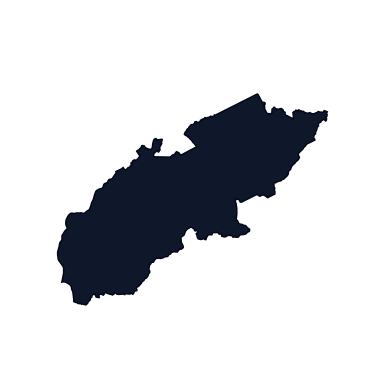 the district of Carlos Julio Arosemena Tola, Napo, Ecuador, rotated 333°
{"feature_id": "8360857B58627909026885", "entity_name": "Carlos Julio Arosemena Tola", "entity_type": "district", "adm_level": 2, "iso_a3": "ECU", "parent_name": "Ecuador", "parent_adm1": "Napo", "projection": "mercator", "projection_center": [-77.909, -1.166], "detail": "fine", "context": "isolated", "style": "filled", "palette": "ink", "viewbox_px": 384, "rotation_deg": 333, "n_neighbors": 0, "source": "geoboundaries", "source_scale": "gbopen_adm2", "svg_char_len": 6070}
<svg xmlns="http://www.w3.org/2000/svg" viewBox="0 0 384 384"><g transform="rotate(333 192 192)"><path d="M36.9,235.9L38.1,237.5L39.1,238.1L39.8,239.5L41.3,240.6L42.4,240.4L42.5,241.8L43.8,242.1L44.2,242.9L44.7,243.0L45.5,243.8L45.9,243.8L46.2,244.4L48.5,243.8L49.3,242.9L51.8,242.2L53.9,240.1L54.4,239.9L55.0,240.1L55.7,239.1L56.9,238.4L58.5,238.6L59.0,239.2L58.9,240.7L59.1,241.5L58.9,242.1L61.2,243.9L61.4,243.9L62.5,241.3L64.3,241.4L64.5,241.8L65.4,242.5L66.0,243.6L67.2,243.3L68.4,241.6L72.4,245.8L73.8,246.8L74.2,247.6L76.3,247.5L77.0,246.4L77.5,246.2L78.7,248.9L79.9,249.8L84.8,251.9L85.5,252.9L86.7,252.5L87.4,252.6L87.9,253.3L90.5,254.8L91.7,254.2L92.0,254.3L92.5,256.0L92.8,256.2L93.9,255.9L94.4,255.2L96.1,254.3L98.1,254.8L98.6,254.1L98.6,252.2L99.0,251.6L100.5,251.9L101.8,251.7L105.5,250.3L106.2,249.5L109.1,248.9L110.4,247.9L112.3,247.9L113.7,247.3L115.0,246.5L116.0,245.3L117.8,244.5L118.6,242.6L118.3,241.3L121.3,237.6L122.4,237.4L123.7,236.5L124.5,236.5L125.6,237.0L126.3,236.7L127.3,235.8L129.9,234.9L132.5,235.9L133.7,236.9L136.1,237.5L138.5,237.4L140.5,238.3L142.0,238.1L142.6,237.4L143.1,237.2L144.7,237.5L146.3,236.6L148.6,236.9L151.6,238.8L154.1,237.7L154.5,237.3L155.0,237.3L156.4,238.1L158.6,237.7L159.2,237.3L159.6,235.6L159.6,232.0L161.5,227.4L165.3,226.8L168.5,223.9L170.9,222.9L174.9,222.8L175.7,223.2L176.8,225.5L177.1,226.3L176.9,227.6L177.1,228.1L178.8,228.6L179.2,229.5L179.2,230.0L178.4,230.6L176.8,231.1L176.8,232.5L176.2,234.5L176.2,236.4L177.8,238.0L179.4,238.7L181.0,238.8L181.5,239.0L182.0,240.3L182.6,240.7L183.2,240.4L183.9,239.4L186.8,237.7L188.3,238.0L190.1,239.1L190.9,238.7L191.7,237.9L193.0,238.0L194.9,239.1L196.5,239.4L197.0,241.8L199.1,243.0L199.2,243.4L198.4,244.8L198.5,245.1L200.5,246.7L201.5,247.1L203.0,247.1L204.3,246.8L207.8,249.1L207.9,250.6L208.1,250.9L209.3,251.3L211.4,252.7L213.0,253.2L215.0,252.0L220.0,253.7L221.6,253.6L223.1,253.0L224.9,253.1L225.5,252.9L226.4,251.3L225.3,249.5L224.5,246.3L222.7,244.9L221.9,243.6L220.0,242.2L219.6,241.6L219.4,241.0L219.5,238.2L219.0,236.6L219.3,235.8L220.1,234.8L222.3,231.3L224.5,226.8L225.9,222.6L226.4,220.0L227.2,219.0L227.6,217.7L230.1,219.9L230.5,220.9L230.4,222.6L231.2,223.5L248.4,223.6L249.8,225.1L250.1,226.1L250.5,226.6L253.4,226.6L254.1,227.0L255.3,228.3L256.8,231.4L264.9,231.4L266.0,229.5L266.2,227.9L265.9,227.3L266.9,227.0L267.5,226.1L267.5,224.3L269.2,221.0L270.8,221.8L272.8,221.4L273.3,221.8L274.2,221.7L276.3,222.4L277.7,221.8L279.1,222.2L284.0,220.8L285.0,220.3L286.3,219.3L286.7,218.1L287.1,217.5L290.1,216.6L291.2,215.4L292.7,214.3L294.9,213.4L296.5,213.2L297.4,212.5L301.3,211.5L302.5,210.7L303.6,209.7L303.3,208.4L304.1,206.0L310.2,204.1L312.0,203.0L314.2,202.4L315.7,201.4L325.0,201.5L325.3,200.8L324.9,199.3L326.0,197.3L327.1,196.5L328.5,196.3L328.8,195.3L331.7,192.8L333.0,191.1L334.6,190.7L335.6,188.5L336.0,188.2L338.5,188.2L339.5,187.4L341.9,187.0L342.6,187.6L343.3,189.4L344.2,189.2L345.1,188.0L344.9,186.3L346.1,186.2L347.6,184.4L347.2,183.2L348.9,182.0L347.0,179.7L346.7,179.5L345.5,180.3L344.6,180.4L343.3,179.3L342.3,179.1L341.3,177.7L340.3,177.7L338.8,178.1L338.2,177.7L336.3,177.8L335.1,177.0L334.4,177.0L333.3,175.0L330.3,174.1L329.0,172.7L328.5,173.0L328.0,170.8L327.1,170.5L326.6,169.7L325.8,169.1L325.1,169.3L325.0,167.9L324.4,167.7L324.1,167.2L323.3,167.5L322.1,166.7L321.5,167.4L321.3,166.5L320.7,167.0L319.5,166.6L318.0,167.0L316.7,170.5L315.4,172.8L310.7,166.3L310.0,165.0L311.0,163.7L311.1,163.2L310.1,161.7L310.4,160.1L309.6,158.3L308.4,157.7L306.9,157.6L305.8,156.9L305.3,156.9L304.3,155.3L303.9,154.0L303.5,153.6L301.4,154.7L300.8,154.6L300.6,155.4L299.8,156.2L299.8,157.4L299.6,157.7L298.9,157.6L298.4,157.9L297.2,157.8L294.7,156.2L294.5,155.9L294.5,150.6L295.1,149.7L294.7,148.7L295.7,148.4L295.5,147.1L296.7,147.2L297.5,146.0L297.1,145.0L295.8,144.3L295.3,143.5L295.1,135.2L294.8,134.5L294.3,134.3L246.9,134.1L247.1,133.8L246.9,133.5L246.1,134.4L245.2,134.5L244.2,133.7L243.4,133.8L242.9,132.9L241.9,133.2L240.4,133.0L239.9,132.7L238.2,133.0L237.7,133.4L237.5,132.9L238.0,132.1L237.2,131.6L236.6,132.2L234.1,131.8L233.3,132.4L232.9,131.9L232.1,131.9L231.4,132.6L230.4,133.1L229.3,132.8L228.1,132.1L227.8,131.8L227.9,131.3L226.8,130.9L226.1,131.1L225.9,132.0L225.0,131.9L223.8,132.6L221.9,131.6L218.7,132.8L217.9,133.6L216.9,133.7L215.6,134.2L214.9,134.7L214.6,135.2L212.9,135.7L211.4,137.1L212.0,138.7L213.2,140.1L213.5,141.5L214.1,142.4L214.3,143.6L215.0,145.3L215.4,148.6L216.0,149.6L216.1,151.1L216.6,152.6L216.6,153.8L199.2,154.1L198.1,152.4L198.2,151.2L196.6,149.1L195.7,149.3L193.6,150.5L190.9,150.2L189.9,150.7L188.2,150.9L173.9,143.3L174.8,141.2L175.7,140.4L179.2,139.4L179.9,139.5L180.0,140.9L180.4,141.2L182.6,140.0L183.4,137.6L186.9,135.2L187.5,133.8L189.3,131.6L189.1,131.3L185.9,130.3L184.5,129.2L184.1,128.0L182.4,127.8L181.1,128.7L179.8,130.1L176.5,134.7L175.6,135.2L174.6,135.3L172.9,134.2L171.2,132.2L170.4,130.8L170.5,129.4L170.1,128.9L168.8,128.1L168.3,128.0L166.9,129.1L165.5,129.7L164.8,129.8L164.3,130.2L163.1,130.2L162.4,130.5L161.8,130.3L161.2,130.6L161.6,132.9L161.4,133.6L162.0,135.2L161.1,136.9L157.4,138.2L156.2,138.1L155.3,137.2L154.9,137.2L154.4,137.8L153.7,137.2L152.4,138.0L152.0,139.3L151.6,139.3L151.0,138.5L150.7,138.5L150.0,141.3L148.9,140.7L148.7,141.2L147.8,141.7L146.2,141.2L144.2,142.0L142.6,142.0L142.2,141.8L141.7,138.9L139.9,139.4L133.7,139.2L133.4,139.3L133.0,140.9L131.6,141.3L127.1,143.8L125.7,143.8L123.8,143.2L122.5,143.8L121.3,144.9L120.1,145.1L117.6,144.9L116.6,145.5L115.0,147.2L113.7,147.9L110.1,147.2L107.6,147.4L106.6,147.8L103.9,150.3L100.6,153.9L97.6,156.1L95.4,158.6L92.5,161.1L89.1,161.4L86.2,162.2L83.3,160.0L81.2,159.3L80.3,158.5L77.4,157.7L74.7,156.0L72.9,156.2L71.5,156.7L70.2,157.4L67.3,159.6L65.8,161.7L64.8,163.9L64.6,167.4L64.0,168.0L60.9,169.1L56.2,172.0L54.7,175.2L53.3,176.2L51.7,176.9L50.8,177.7L48.5,180.7L45.1,184.4L43.8,186.8L42.1,191.8L43.2,198.9L43.2,201.2L40.8,206.0L35.1,213.2L36.9,213.7L38.7,215.1L41.0,218.9L41.4,220.2L41.4,222.0L40.7,223.8L40.4,227.2L38.0,233.7L36.9,235.9Z" fill="#0f172a" stroke="#020617" stroke-width="1.5"/></g></svg>